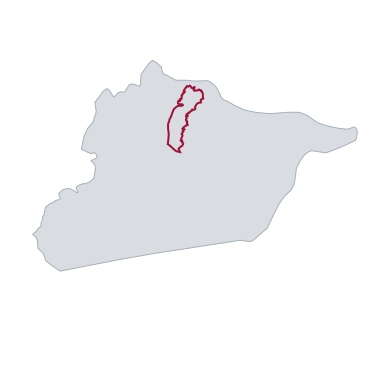 location of Menbij, Aleppo, Syria, rotated 25°
{"feature_id": "27442178B68936835306318", "entity_name": "Menbij", "entity_type": "district", "adm_level": 2, "iso_a3": "SYR", "parent_name": "Syria", "parent_adm1": "Aleppo", "projection": "equal_earth", "projection_center": [38.131, 36.027], "detail": "fine", "context": "in_parent", "style": "outline", "palette": "rose", "viewbox_px": 384, "rotation_deg": 25, "n_neighbors": 0, "source": "geoboundaries", "source_scale": "gbopen_adm2", "svg_char_len": 6308}
<svg xmlns="http://www.w3.org/2000/svg" viewBox="0 0 384 384"><g transform="rotate(25 192 192)"><path d="M71.2,134.3L74.1,134.7L80.2,138.7L81.2,138.5L83.1,133.3L84.9,131.5L88.7,129.9L89.8,121.4L91.6,119.8L93.7,118.9L97.0,118.7L99.9,118.2L100.0,116.7L96.1,106.9L96.5,104.4L98.5,94.6L99.7,90.7L100.9,89.4L105.4,89.9L111.7,91.7L113.3,94.5L116.4,97.0L121.0,96.9L126.4,97.3L130.6,97.5L133.9,95.7L141.4,92.4L145.2,91.3L148.6,89.8L159.4,84.4L163.8,84.9L166.8,85.6L169.1,86.4L174.2,90.1L178.4,93.9L181.4,95.0L186.8,94.9L194.5,95.6L204.0,95.6L209.5,94.5L216.6,92.7L229.1,88.3L245.6,79.0L255.3,74.6L259.5,74.0L265.0,74.0L270.4,75.1L276.7,76.0L279.5,75.9L286.2,75.0L294.9,73.1L300.3,71.6L306.9,69.1L310.9,64.9L312.2,64.5L314.0,65.3L314.8,65.5L316.5,67.9L318.4,74.0L318.4,74.7L318.1,76.4L313.9,81.4L308.1,88.3L304.0,92.6L297.0,99.8L291.8,101.4L282.9,104.0L280.5,106.5L278.3,110.6L277.1,116.3L276.8,119.8L276.6,126.4L278.8,133.2L280.9,139.7L281.2,144.1L281.1,148.4L279.2,152.9L277.1,159.2L276.0,166.3L275.5,179.7L275.6,191.0L275.5,192.9L271.9,200.9L267.7,210.3L265.7,212.5L256.2,215.3L245.9,222.2L234.3,229.9L223.8,236.9L212.8,244.3L201.3,252.0L193.1,257.4L182.1,264.8L172.1,271.8L161.9,278.9L154.2,284.3L142.4,292.9L135.5,297.9L125.3,305.3L116.4,311.8L105.8,319.5L92.5,317.2L88.3,315.9L84.9,312.2L82.4,310.2L76.2,308.2L72.2,301.3L69.8,298.9L65.6,297.8L67.4,293.4L67.8,290.5L69.6,286.9L68.5,284.6L68.0,279.7L67.2,278.4L67.0,277.1L67.6,275.6L67.4,273.9L66.7,273.2L66.4,270.8L65.8,269.0L66.1,266.7L67.0,265.3L68.0,262.5L69.1,261.7L70.9,260.0L71.4,258.2L73.0,256.4L75.1,254.9L75.6,253.8L75.3,253.1L73.2,251.8L72.1,249.5L73.1,246.2L73.8,245.1L75.1,243.5L78.0,241.1L80.2,240.6L82.1,240.6L85.4,240.8L87.9,241.3L88.6,240.7L88.5,239.8L85.4,237.8L85.2,236.2L86.0,234.5L88.2,231.8L90.9,229.8L92.2,229.5L95.3,225.5L97.2,221.0L94.2,210.1L92.3,208.4L89.2,206.9L87.4,206.7L87.3,206.0L89.7,203.2L91.5,200.9L89.6,198.6L86.2,197.5L84.9,199.9L80.6,200.1L73.8,200.0L70.9,188.6L70.5,183.7L70.7,178.0L72.8,169.6L71.9,165.8L71.8,163.2L71.3,159.6L66.1,151.9L69.1,137.8L71.2,134.3Z" fill="#d9dde1" stroke="#a8b0b8" stroke-width="1"/><path d="M140.5,126.2L140.6,126.9L140.7,127.7L140.7,128.6L140.8,129.5L140.8,129.9L141.0,130.7L141.0,131.5L141.0,132.5L141.1,133.2L141.1,134.1L141.0,134.8L140.9,135.1L140.9,135.5L141.0,135.9L141.1,136.3L141.2,136.5L141.3,137.2L141.4,137.6L141.4,137.9L141.4,138.7L141.4,139.4L141.6,140.1L141.6,140.5L142.3,142.0L143.4,144.4L146.4,149.3L147.6,152.3L149.3,157.2L149.8,158.9L150.7,159.0L153.3,159.6L153.9,159.8L158.9,161.4L160.8,161.6L164.3,160.9L161.5,158.4L162.8,155.2L163.3,154.7L163.6,154.1L163.7,152.1L162.4,151.4L162.4,150.7L162.2,150.5L162.1,150.4L162.1,150.5L161.9,150.6L161.8,150.9L160.0,150.1L160.2,149.6L159.5,147.8L159.5,147.6L159.6,147.4L159.7,147.1L159.7,146.9L159.7,146.7L159.7,146.4L159.7,146.2L159.7,145.9L159.7,145.6L159.6,145.4L159.6,145.2L159.5,144.9L159.4,144.7L159.3,144.4L158.4,144.1L158.3,143.8L158.1,143.7L158.6,140.9L157.7,140.6L158.7,138.4L158.0,138.3L157.9,138.5L157.0,138.4L156.9,138.7L156.5,138.5L157.1,137.2L157.3,136.3L158.1,135.0L159.1,133.8L159.8,133.0L159.4,132.6L159.2,132.7L158.9,132.5L158.7,132.5L158.4,132.5L158.3,132.3L158.3,131.8L158.4,131.6L158.3,131.3L158.3,131.2L158.2,131.1L158.0,130.7L157.9,130.4L157.7,130.3L157.7,130.2L157.4,130.2L157.2,130.2L157.1,129.9L157.0,129.7L156.9,129.7L156.7,129.5L156.4,129.5L156.2,129.4L156.0,129.2L155.9,129.0L155.8,128.0L156.0,127.8L156.1,127.5L155.9,127.1L155.4,126.6L155.4,126.4L155.1,126.3L155.0,126.2L154.8,126.1L154.7,126.1L154.5,125.9L154.4,125.8L154.4,125.7L154.3,125.4L154.4,125.2L154.5,125.1L154.8,125.2L155.2,125.6L155.3,125.6L155.5,125.6L155.9,125.0L156.0,124.9L155.5,124.4L155.2,124.1L155.2,123.8L155.0,123.3L155.0,123.2L154.9,123.2L155.0,123.1L155.2,122.7L155.1,122.4L155.4,121.3L156.1,121.2L156.3,121.1L156.4,120.5L156.5,119.5L157.2,118.8L157.4,118.4L157.2,118.1L157.3,118.0L157.2,117.4L157.3,117.2L157.5,117.1L158.3,117.0L158.5,116.9L158.7,116.7L158.8,116.7L159.0,116.6L159.2,116.4L159.3,116.4L159.5,116.3L159.7,115.6L159.7,115.0L159.5,114.6L158.9,113.8L158.8,113.2L158.9,112.2L158.9,111.1L159.2,110.2L159.7,109.2L160.4,108.2L160.9,107.9L162.0,107.4L162.2,107.2L162.3,107.1L162.3,106.9L162.2,106.8L162.2,106.7L162.1,106.4L161.9,106.2L161.7,105.9L161.5,105.7L161.4,105.6L161.2,105.4L161.2,105.2L161.1,104.9L161.1,104.7L161.2,104.4L161.2,104.2L161.3,104.1L161.4,103.9L161.5,103.8L161.6,103.7L161.8,103.5L162.0,103.5L162.1,103.4L162.3,103.3L162.3,103.2L162.5,103.1L162.6,102.9L162.6,102.7L162.6,102.4L162.6,102.2L162.3,101.9L162.1,101.7L161.8,101.3L161.6,101.1L161.5,100.9L161.4,100.7L161.2,100.4L161.2,100.2L161.0,99.8L160.9,99.6L160.7,99.1L160.6,98.9L160.5,98.7L160.4,98.6L160.3,98.4L160.1,98.2L158.7,96.9L158.3,96.5L158.0,96.4L157.9,96.9L157.2,96.6L157.1,96.3L156.8,96.0L156.2,96.2L155.9,96.2L155.6,96.1L155.2,96.7L154.8,96.8L154.5,96.7L154.4,96.9L154.4,97.3L154.3,97.5L153.5,97.9L152.9,98.2L152.5,98.6L151.9,98.9L151.6,98.9L151.4,99.0L151.2,99.2L150.8,99.0L150.8,98.9L150.7,98.6L150.6,98.3L150.2,98.3L150.2,97.8L150.2,97.5L150.2,97.1L150.2,96.8L150.2,96.5L150.2,96.2L150.0,95.9L149.9,96.0L149.3,96.3L149.2,96.8L149.0,97.2L148.6,97.7L148.3,97.7L148.1,97.8L147.7,97.8L147.3,97.7L146.8,97.2L146.3,96.9L145.9,96.7L145.4,96.5L144.9,96.6L144.8,96.9L144.6,97.2L144.4,97.7L144.2,98.0L143.8,98.2L143.3,98.0L143.0,98.0L142.8,98.2L142.7,98.4L142.5,98.5L142.5,99.1L142.5,99.7L142.2,100.3L142.1,100.6L141.9,101.9L141.8,102.7L141.7,103.0L141.7,103.6L141.9,104.0L142.0,104.1L142.1,104.3L142.4,104.3L142.6,104.3L142.9,104.2L143.1,104.1L143.2,104.4L143.1,104.8L143.0,105.0L142.9,105.5L142.4,106.0L142.1,106.3L141.9,106.6L142.0,106.8L142.1,107.2L142.3,107.4L142.3,107.7L142.3,107.9L142.0,108.5L141.8,108.7L141.8,109.2L142.0,109.3L142.2,109.5L142.5,109.9L142.6,110.7L142.6,111.1L143.0,111.4L143.1,111.6L143.1,112.0L142.8,112.5L142.6,112.6L142.1,112.6L141.8,113.1L142.0,113.5L142.3,113.7L142.7,114.3L142.7,114.6L142.2,114.8L141.4,115.0L141.2,115.3L141.2,116.4L141.5,117.2L141.9,117.5L142.1,117.7L142.5,117.7L143.2,117.7L144.0,117.5L144.8,117.5L145.3,117.0L145.7,116.7L146.3,116.7L146.7,116.9L147.0,117.1L146.7,117.8L145.7,118.5L144.5,119.0L143.1,119.8L142.9,119.9L142.8,120.1L142.7,120.2L142.5,120.4L142.4,120.6L142.3,120.8L141.5,122.2L141.2,123.0L140.6,124.2L140.5,125.7L140.5,126.2Z" fill="none" stroke="#9f1239" stroke-width="2"/></g></svg>